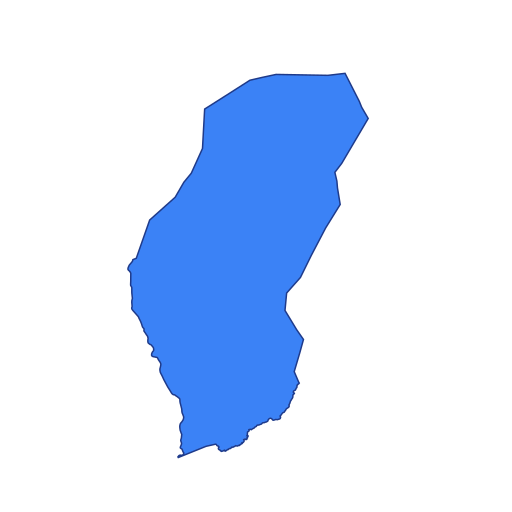 Gurvanzagal, Dornod, Mongolia (Robinson projection), rotated 149°
{"feature_id": "93677404B26424401044934", "entity_name": "Gurvanzagal", "entity_type": "district", "adm_level": 2, "iso_a3": "MNG", "parent_name": "Mongolia", "parent_adm1": "Dornod", "projection": "robinson", "projection_center": [115.314, 49.24], "detail": "fine", "context": "isolated", "style": "filled", "palette": "blue", "viewbox_px": 512, "rotation_deg": 149, "n_neighbors": 0, "source": "geoboundaries", "source_scale": "gbopen_adm2", "svg_char_len": 5975}
<svg xmlns="http://www.w3.org/2000/svg" viewBox="0 0 512 512"><g transform="rotate(149 256 256)"><path d="M426.4,123.3L396.9,118.6L387.5,115.5L387.2,115.1L387.1,114.6L387.1,114.1L387.1,113.7L387.0,113.4L386.2,112.4L386.3,112.1L386.2,111.8L386.1,111.5L386.1,111.4L386.2,111.2L387.0,110.9L387.4,110.4L387.5,110.1L387.6,109.5L387.5,109.2L387.0,108.7L386.9,108.4L386.9,108.1L386.9,107.8L386.6,107.5L386.5,107.3L386.5,106.5L386.4,106.4L385.5,106.1L384.8,105.9L384.0,105.8L383.8,105.9L382.9,105.7L382.8,105.4L383.1,105.2L383.1,104.8L383.0,104.7L382.7,104.5L382.1,104.5L381.7,104.5L381.3,104.6L380.6,104.6L380.4,104.7L380.1,104.8L379.7,104.5L379.6,104.4L379.2,104.4L378.5,104.7L378.1,104.7L377.9,104.6L377.7,104.5L377.5,104.3L377.1,104.2L376.8,104.3L376.1,104.3L375.8,104.3L375.6,104.3L375.4,104.6L375.2,104.5L375.0,104.4L374.8,104.4L374.2,104.0L373.7,103.9L373.4,104.0L373.2,104.0L372.8,103.8L372.1,103.7L371.6,103.9L371.1,103.9L370.6,103.4L370.5,103.2L370.0,102.8L369.8,102.7L369.5,102.6L369.0,102.7L368.7,102.7L368.1,102.2L367.9,102.2L367.7,102.2L367.4,102.5L367.2,102.5L366.7,102.3L366.4,102.3L366.2,102.3L365.9,102.5L365.4,102.5L364.8,102.4L364.5,102.4L364.5,102.5L364.4,102.6L364.5,102.8L364.5,103.0L364.4,103.1L364.0,103.2L363.7,102.9L363.1,102.8L362.6,102.9L361.8,103.3L361.6,103.4L361.3,103.8L361.1,104.3L361.1,104.7L361.1,104.9L360.9,104.9L360.4,104.9L359.4,104.5L359.3,104.1L359.3,103.9L359.1,103.8L358.8,103.7L358.4,103.6L358.2,103.7L358.0,103.9L357.7,104.4L357.2,104.4L356.9,104.6L356.9,104.9L356.9,105.1L356.6,105.2L355.9,105.4L355.5,105.7L355.4,106.0L355.5,106.3L355.8,106.7L356.1,106.8L355.5,107.2L355.0,108.1L354.4,108.8L354.2,109.2L353.9,109.5L353.5,109.6L352.8,109.5L352.6,109.5L352.1,109.7L351.8,109.9L351.7,110.2L351.7,110.3L351.7,110.5L351.6,110.8L351.3,110.8L350.8,110.6L350.6,110.5L350.0,110.3L349.8,110.0L349.6,109.6L349.4,109.5L349.0,109.5L348.3,109.7L347.9,109.7L347.6,109.7L347.3,109.6L346.7,109.5L346.3,109.5L345.0,109.9L343.8,109.8L343.4,109.8L342.6,110.3L342.3,110.3L341.6,110.2L340.7,109.7L340.4,109.6L339.4,109.5L338.2,109.2L337.6,109.2L336.5,109.6L335.9,109.5L334.8,108.9L334.5,108.8L333.7,108.8L333.4,108.7L333.1,108.5L332.4,108.4L331.8,108.4L331.4,108.4L331.1,108.4L330.8,108.5L329.9,109.3L329.3,109.6L328.5,109.7L327.9,109.7L327.5,109.6L327.2,109.5L326.9,109.3L326.7,109.0L326.2,107.8L326.2,107.6L326.2,107.1L326.1,106.7L325.9,106.5L325.7,106.3L324.8,106.0L323.3,105.7L322.6,105.2L322.0,104.8L321.8,104.6L320.9,104.5L320.3,104.3L320.0,104.2L319.3,104.2L319.1,104.2L318.5,104.6L318.1,105.0L317.9,105.3L318.0,105.6L317.9,105.9L317.8,106.2L317.7,106.5L316.7,106.6L316.1,107.0L315.6,107.1L314.4,107.7L314.0,107.8L313.7,107.8L312.3,107.6L312.0,107.7L311.3,108.2L310.4,108.3L309.8,108.8L309.2,109.1L308.8,109.3L308.3,109.4L306.0,109.5L305.6,109.7L305.1,110.0L304.8,110.5L304.5,111.0L304.5,111.3L304.3,111.5L303.4,112.0L302.6,112.5L302.3,112.9L301.5,113.5L301.2,113.9L300.1,114.3L299.6,114.7L299.1,114.9L298.4,115.2L297.7,115.6L297.4,115.9L297.1,116.1L296.8,116.6L296.5,117.0L296.3,117.2L296.1,117.7L296.0,117.8L295.6,118.0L294.1,118.3L293.9,118.4L293.8,118.6L293.9,119.0L294.1,119.3L294.2,119.6L294.2,120.0L293.6,120.7L293.1,120.9L292.6,120.9L292.2,120.9L291.7,120.8L291.4,120.8L291.2,120.9L290.8,121.1L289.6,122.0L288.9,122.2L288.6,122.4L288.4,122.6L288.3,122.8L288.1,123.1L287.9,123.3L287.8,123.6L287.3,124.0L286.9,124.1L286.8,124.3L286.6,124.5L286.4,124.5L285.8,124.4L285.4,124.4L284.4,124.8L284.4,125.9L282.8,137.2L268.2,150.6L258.3,160.0L259.1,171.7L259.2,194.4L248.8,208.5L229.0,214.7L208.2,228.1L181.8,244.2L157.3,256.8L151.1,272.4L148.1,278.5L145.3,287.1L134.7,291.3L89.0,316.1L88.8,329.1L87.8,335.4L85.6,366.7L101.3,373.8L145.3,401.3L158.7,405.9L170.7,409.8L199.9,409.0L224.3,408.4L225.7,406.4L246.5,375.7L268.8,360.3L279.8,356.4L295.0,348.0L328.6,341.6L359.8,315.7L363.4,316.3L364.5,315.2L365.9,314.6L368.3,313.8L369.4,313.4L370.7,312.5L372.0,311.5L372.7,310.3L372.6,309.4L372.3,308.6L372.1,307.2L372.2,305.7L376.3,299.0L378.2,296.1L378.6,295.3L378.6,294.4L378.6,293.7L378.7,293.1L378.9,292.6L381.0,289.1L381.6,288.0L383.0,285.0L383.4,284.1L383.8,283.3L385.3,281.8L385.7,281.2L386.0,280.8L386.1,280.5L386.5,280.0L386.8,279.3L387.2,278.5L387.8,277.3L388.1,276.7L388.4,276.3L389.0,275.8L389.4,275.3L389.7,274.5L389.6,272.8L389.4,271.7L388.9,269.0L388.1,264.5L388.3,263.4L388.4,262.6L388.6,259.6L389.0,257.1L389.8,253.8L389.8,252.8L389.5,251.7L389.6,251.0L390.3,250.1L390.7,249.3L390.5,246.8L390.5,245.3L390.3,243.4L390.5,242.0L390.7,241.8L390.9,241.0L391.3,240.5L391.9,239.8L392.4,239.0L392.8,238.3L393.2,237.2L393.0,236.4L392.4,234.8L392.0,234.4L391.5,233.4L391.4,231.8L391.2,230.9L391.2,230.2L391.4,229.5L391.8,228.9L392.0,228.1L392.9,227.5L394.1,227.1L395.2,226.4L395.8,225.9L396.6,224.8L396.7,223.9L396.4,223.2L395.9,222.6L395.3,222.1L393.5,220.4L393.0,219.9L392.9,219.5L392.9,218.8L393.1,217.5L393.0,216.4L393.0,215.9L392.9,214.2L393.0,213.2L393.3,212.2L394.1,211.2L395.0,210.2L396.6,208.6L397.3,207.3L397.9,205.7L398.1,204.0L398.2,201.9L398.7,197.4L399.1,189.1L399.0,185.0L399.0,182.1L398.9,181.2L398.6,180.4L398.4,179.9L398.2,179.6L397.4,179.1L397.0,178.3L396.5,177.0L396.0,176.1L395.0,173.3L395.0,172.7L395.2,172.2L395.5,171.6L396.2,170.3L396.8,168.7L397.0,167.9L397.7,165.6L398.4,163.3L399.1,161.8L399.6,160.9L400.0,159.9L400.2,159.1L400.3,158.1L400.8,155.6L401.0,155.0L401.6,154.4L402.1,153.7L402.9,153.1L403.8,152.6L404.6,152.2L405.7,151.8L406.4,151.6L406.9,151.4L407.5,151.0L408.5,150.0L409.3,148.9L410.1,147.2L410.7,145.8L411.3,142.9L411.5,141.4L411.7,141.1L412.3,140.3L413.3,139.0L413.8,138.3L414.8,137.5L415.2,137.0L415.6,136.5L415.8,135.8L416.0,134.7L416.2,134.0L416.6,133.3L417.5,132.5L419.0,131.4L419.5,130.9L419.7,130.4L419.5,129.7L419.2,129.2L418.9,128.5L419.0,127.9L419.3,126.4L419.4,125.2L419.3,124.5L419.5,124.1L419.9,123.8L420.3,123.5L421.0,123.2L421.6,123.2L422.1,123.3L422.6,123.7L423.3,124.2L423.9,124.5L424.5,124.6L425.2,124.5L426.4,124.0L426.4,123.3Z" fill="#3b82f6" stroke="#1e3a8a" stroke-width="1.5"/></g></svg>